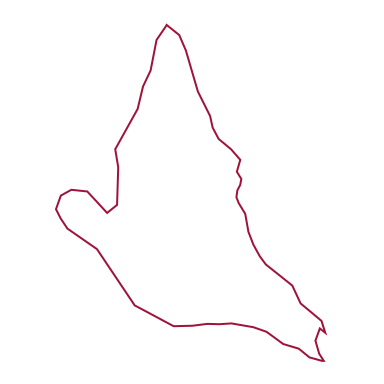 an SVG outline of Grand Casablanca, rotated 91°
{"feature_id": "MAR-1450", "entity_name": "Grand Casablanca", "entity_type": "Region", "adm_level": 1, "iso_a3": "MAR", "parent_name": "Morocco", "parent_adm1": "", "projection": "mercator", "projection_center": [-7.577, 33.547], "detail": "fine", "context": "isolated", "style": "outline", "palette": "rose", "viewbox_px": 384, "rotation_deg": 91, "n_neighbors": 0, "source": "natural_earth", "source_scale": "10m", "svg_char_len": 839}
<svg xmlns="http://www.w3.org/2000/svg" viewBox="0 0 384 384"><g transform="rotate(91 192 192)"><path d="M25.4,220.3L35.3,207.5L50.6,200.6L91.4,187.9L115.8,175.2L127.2,172.5L138.5,166.3L148.6,153.7L159.0,144.3L171.0,147.5L178.1,142.9L184.0,143.9L189.7,146.7L196.5,147.5L202.3,145.1L212.9,138.4L230.8,134.9L243.6,129.7L255.1,123.1L263.2,116.9L283.8,90.1L301.5,81.5L318.6,60.3L330.4,56.3L326.2,61.8L338.5,66.0L351.5,62.0L358.5,57.3L358.6,59.0L355.3,71.7L346.8,82.5L342.4,98.2L330.5,115.0L326.1,128.3L322.7,150.3L323.7,162.3L323.6,174.5L325.7,189.1L326.5,208.0L306.4,247.3L250.8,286.0L230.8,315.9L221.0,322.7L211.6,327.7L197.9,323.1L191.9,312.7L193.3,296.7L214.4,276.5L206.2,266.7L168.5,266.2L150.6,269.5L109.9,247.8L87.3,242.8L71.2,235.5L40.6,230.1L26.3,220.7L25.4,220.3L25.4,220.3Z" fill="none" stroke="#9f1239" stroke-width="2"/></g></svg>